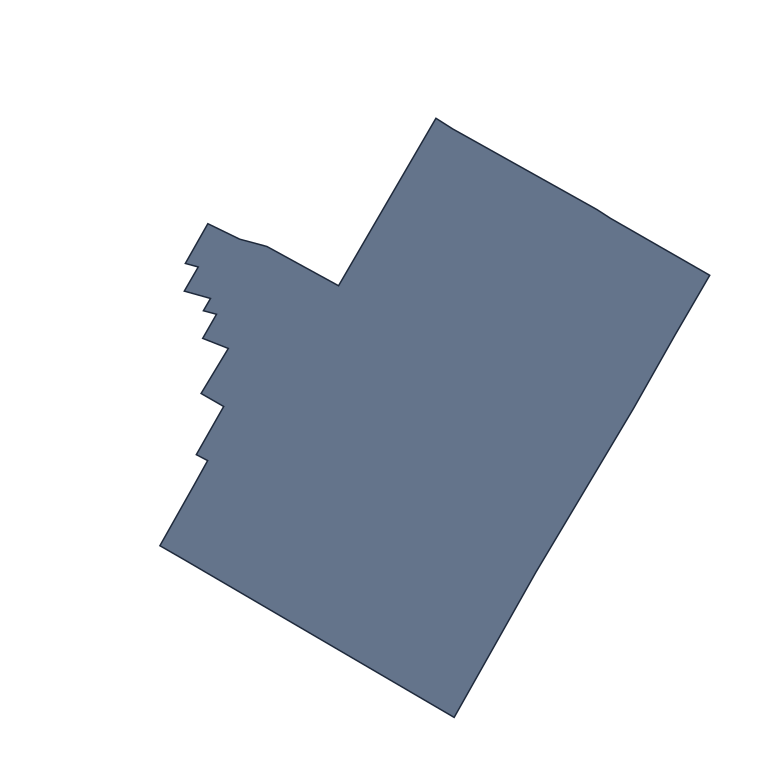 Shannon, Missouri, United States of America, rotated 209°
{"feature_id": "52423323B94843923052061", "entity_name": "Shannon", "entity_type": "district", "adm_level": 2, "iso_a3": "USA", "parent_name": "United States of America", "parent_adm1": "Missouri", "projection": "equal_earth", "projection_center": [-91.258, 37.153], "detail": "fine", "context": "isolated", "style": "filled", "palette": "slate", "viewbox_px": 768, "rotation_deg": 209, "n_neighbors": 0, "source": "geoboundaries", "source_scale": "gbopen_adm2", "svg_char_len": 519}
<svg xmlns="http://www.w3.org/2000/svg" viewBox="0 0 768 768"><g transform="rotate(209 384 384)"><path d="M153.9,483.6L153.2,568.1L151.8,637.0L266.3,638.7L282.3,639.8L447.6,640.4L467.4,641.6L471.4,447.9L553.1,447.5L580.4,440.7L615.8,438.8L616.2,393.1L603.2,396.3L603.7,368.4L577.2,374.7L577.5,360.5L564.3,363.8L564.7,336.0L537.4,339.6L539.4,287.0L513.3,286.6L513.9,231.2L501.1,231.5L501.1,203.7L501.6,133.9L475.2,133.5L161.0,126.4L159.9,292.9L153.9,483.6Z" fill="#64748b" stroke="#1e293b" stroke-width="1.5"/></g></svg>